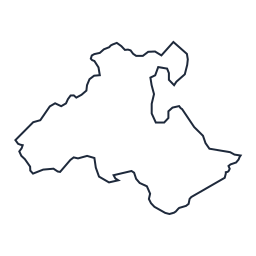 map outline of Heves (Robinson projection)
{"feature_id": "HUN-3174", "entity_name": "Heves", "entity_type": "County", "adm_level": 1, "iso_a3": "HUN", "parent_name": "Hungary", "parent_adm1": "", "projection": "robinson", "projection_center": [20.209, 47.788], "detail": "fine", "context": "isolated", "style": "outline", "palette": "slate", "viewbox_px": 256, "rotation_deg": 0, "n_neighbors": 0, "source": "natural_earth", "source_scale": "10m", "svg_char_len": 1582}
<svg xmlns="http://www.w3.org/2000/svg" viewBox="0 0 256 256"><path d="M240.6,155.5L239.5,157.2L238.6,159.5L236.1,162.5L230.5,164.4L228.5,166.0L229.7,168.8L229.0,170.3L228.4,171.3L227.5,171.9L225.8,172.2L225.8,173.6L224.7,177.8L191.3,197.0L189.6,198.9L188.6,203.9L186.0,205.9L179.2,207.9L178.2,208.8L175.8,211.5L174.0,212.7L169.4,214.0L165.2,212.9L154.4,206.8L151.0,203.2L148.9,199.0L150.1,193.7L146.9,186.3L139.7,183.0L136.1,178.8L134.1,172.7L131.5,171.0L113.6,175.2L115.4,178.5L118.3,180.3L109.0,182.4L99.0,176.6L95.8,167.6L94.4,158.0L87.1,155.9L78.0,158.4L73.7,157.4L70.4,159.9L60.1,171.9L57.7,171.5L53.5,168.7L43.2,169.6L33.0,173.6L30.3,170.6L30.1,166.6L24.9,159.2L21.3,155.8L19.3,151.4L21.6,148.3L22.7,145.2L20.4,144.7L18.1,143.8L15.4,140.1L33.2,122.2L40.3,120.2L49.8,106.4L55.1,103.3L61.2,106.2L66.0,103.4L67.9,99.2L70.6,95.5L73.8,95.4L76.3,97.6L81.5,94.8L86.4,90.6L87.0,85.2L89.5,79.2L94.1,75.7L99.8,75.2L98.5,67.4L94.4,61.0L92.1,60.1L90.8,58.7L91.8,55.5L94.3,54.1L99.8,52.9L103.9,49.3L109.2,47.2L110.7,45.5L112.6,44.5L116.8,42.9L121.3,46.1L124.9,49.9L128.0,49.6L130.6,50.4L133.1,53.8L136.2,55.9L142.8,55.9L148.2,51.8L155.0,51.5L161.4,55.4L173.4,42.0L183.6,51.0L186.9,53.9L187.8,59.4L187.2,64.9L184.8,74.3L176.4,81.7L174.1,85.2L168.9,79.8L168.9,73.1L167.1,68.6L158.2,67.1L155.2,75.3L150.4,77.6L151.6,85.1L154.0,94.1L151.7,103.8L151.7,113.5L155.8,122.5L164.2,122.5L168.4,118.0L168.4,111.3L172.5,107.6L179.1,106.1L180.7,108.2L182.1,109.1L194.2,127.1L203.0,135.8L205.5,143.1L209.4,148.7L230.2,152.2L234.5,154.6L240.6,155.5Z" fill="none" stroke="#1e293b" stroke-width="2"/></svg>